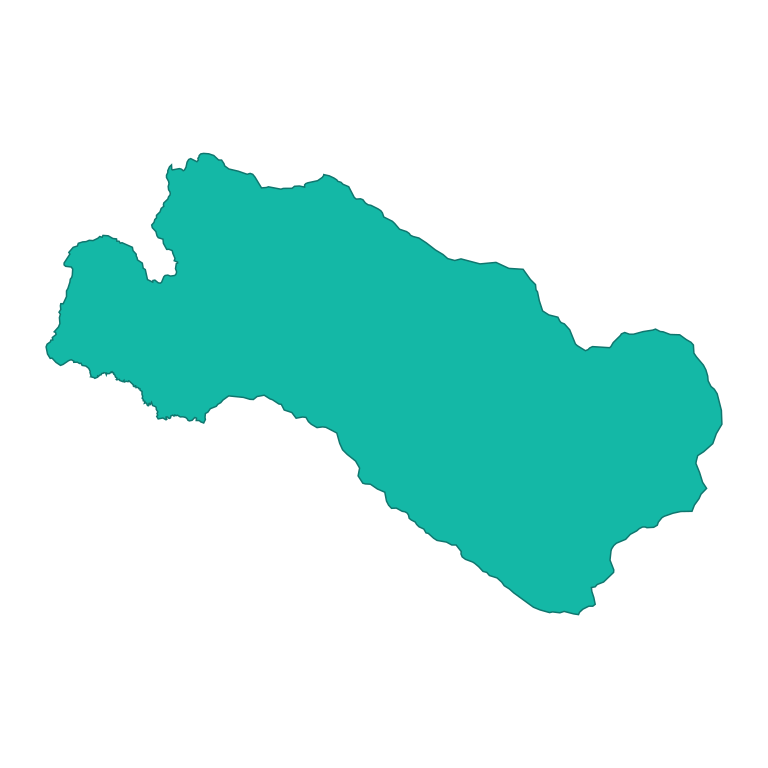 Menkhoaneng, Leribe, Lesotho (Mercator projection)
{"feature_id": "5366337B76816657583233", "entity_name": "Menkhoaneng", "entity_type": "district", "adm_level": 2, "iso_a3": "LSO", "parent_name": "Lesotho", "parent_adm1": "Leribe", "projection": "mercator", "projection_center": [28.291, -28.899], "detail": "fine", "context": "isolated", "style": "filled", "palette": "teal", "viewbox_px": 768, "rotation_deg": 0, "n_neighbors": 0, "source": "geoboundaries", "source_scale": "gbopen_adm2", "svg_char_len": 6064}
<svg xmlns="http://www.w3.org/2000/svg" viewBox="0 0 768 768"><path d="M549.6,612.6L552.5,611.9L559.9,612.8L564.1,611.4L573.7,613.9L578.5,614.6L579.5,612.3L583.0,609.1L588.8,606.2L592.8,606.2L595.2,604.3L593.8,597.5L591.8,591.3L591.4,587.5L595.2,586.8L597.2,584.5L603.6,582.0L613.6,572.4L613.8,569.9L610.0,560.1L611.0,551.0L611.6,548.9L613.8,545.5L616.4,543.2L625.7,539.3L630.3,534.3L636.7,530.9L639.3,528.6L642.5,527.0L645.3,527.0L646.9,527.7L653.7,527.3L657.3,525.2L658.3,522.2L661.9,517.7L664.2,516.3L673.0,513.2L680.8,511.5L692.0,511.3L694.4,505.1L699.0,498.7L701.0,494.2L706.6,488.4L702.6,482.3L699.6,472.6L695.9,463.4L696.3,461.0L697.7,455.6L703.7,451.7L712.8,443.6L716.3,433.7L721.9,424.2L721.4,410.4L717.2,393.8L714.3,389.2L711.0,386.5L708.1,380.8L707.7,376.0L705.9,369.9L703.4,365.1L696.3,356.7L693.9,353.1L693.4,345.0L691.0,342.3L686.3,339.6L679.7,334.8L670.2,334.5L663.1,331.8L660.2,331.5L655.5,329.1L652.7,330.1L643.1,331.6L633.6,334.2L629.4,334.2L624.7,332.5L621.4,333.9L620.4,335.5L613.2,342.6L610.9,346.6L609.6,347.7L592.5,346.6L589.6,348.0L588.1,349.6L585.4,350.7L577.2,345.6L575.4,343.9L569.7,329.8L564.4,323.9L561.1,322.6L559.7,320.9L557.9,317.2L548.8,314.9L542.6,310.9L539.3,300.7L537.5,291.9L536.0,289.8L535.5,284.6L530.4,279.5L523.1,269.3L508.9,268.4L496.0,262.4L480.0,263.9L461.0,258.9L454.8,260.5L447.7,258.6L443.0,254.5L435.5,250.0L426.2,242.8L418.9,238.0L413.1,236.5L410.4,235.2L409.3,233.5L406.6,231.6L399.5,229.2L394.7,223.5L392.4,221.3L383.8,217.0L382.4,212.9L380.9,210.8L378.1,208.9L370.9,205.3L368.1,204.8L365.3,202.9L362.9,199.7L360.5,198.8L356.3,199.1L354.3,197.5L348.7,186.7L343.0,184.3L341.0,182.3L337.8,181.3L336.8,179.9L333.9,178.0L329.2,175.8L323.8,174.6L323.8,175.3L322.3,177.4L317.6,180.7L307.8,182.8L305.8,183.6L304.6,184.9L304.6,187.1L299.4,186.0L294.5,186.3L292.1,188.3L283.2,188.4L281.0,189.2L268.4,186.8L266.4,187.5L261.5,187.9L255.0,177.1L252.7,174.3L250.1,173.4L247.2,174.3L238.3,171.2L228.9,169.0L224.7,165.9L224.0,163.7L221.6,160.1L218.6,160.0L213.8,155.5L208.8,153.8L203.6,153.4L200.8,153.9L199.2,155.5L198.9,157.1L197.9,158.3L198.3,160.1L196.9,161.7L190.7,158.6L188.7,159.5L187.1,162.1L186.0,167.2L184.4,170.1L183.2,170.7L181.5,169.2L179.4,168.6L172.5,169.9L171.8,169.5L171.5,164.9L169.5,166.8L167.8,170.6L167.8,172.5L166.5,175.2L166.5,177.5L168.6,181.4L169.0,183.7L168.2,186.4L168.6,189.8L169.9,191.8L170.3,193.7L169.9,195.2L168.6,196.7L167.8,199.1L163.8,202.9L163.4,204.8L163.8,206.3L161.2,208.4L160.0,211.9L156.5,215.3L156.5,217.9L154.8,219.5L154.0,222.4L151.7,225.0L152.3,227.7L155.9,231.6L157.0,235.8L158.3,237.7L163.0,239.2L163.4,243.4L166.7,249.4L169.0,249.3L172.2,250.6L172.9,253.5L175.0,258.4L174.2,260.7L177.6,262.1L177.6,263.1L176.3,263.7L175.5,268.7L176.5,271.3L176.5,272.7L175.8,274.5L174.6,275.5L170.5,276.1L167.8,275.1L165.1,275.5L163.8,276.8L161.6,282.2L160.3,283.2L158.2,282.8L154.9,280.1L152.9,280.5L152.7,282.1L147.5,279.6L145.3,269.6L143.2,268.2L142.3,263.1L137.5,259.9L137.1,257.7L136.2,256.0L136.2,254.2L133.0,250.6L132.4,247.3L122.0,242.7L120.3,243.2L119.0,241.2L116.9,241.2L116.5,238.9L112.9,238.5L108.2,235.8L103.0,235.4L102.1,237.3L99.8,236.5L97.8,238.3L93.0,240.6L89.2,240.3L86.2,241.6L82.7,241.9L78.3,243.3L77.4,246.0L73.2,247.3L68.8,252.4L69.9,254.1L64.1,263.0L64.1,264.9L65.6,266.3L71.2,267.0L72.7,269.0L72.3,275.1L71.7,277.4L70.3,279.2L69.9,282.2L67.9,288.5L66.5,290.9L66.5,296.6L63.2,303.7L60.8,303.7L60.4,305.8L60.8,309.5L59.0,312.2L60.4,314.2L59.4,317.6L59.9,323.6L58.4,327.1L54.2,331.8L55.6,332.5L56.1,334.5L52.3,337.5L52.8,339.9L50.8,340.2L50.4,341.8L47.1,344.2L46.1,346.9L47.5,354.0L50.2,358.4L51.9,358.1L52.5,358.6L56.0,362.4L60.5,365.4L63.1,364.4L68.7,360.6L71.2,359.7L73.9,361.2L73.8,362.3L77.4,362.2L79.5,363.5L81.0,363.2L82.1,365.4L85.8,366.0L88.7,368.3L90.2,371.4L90.0,372.4L91.2,376.6L90.9,376.8L94.0,377.6L94.8,378.3L97.6,377.2L97.7,375.9L98.6,376.3L99.7,375.1L101.1,374.8L101.7,373.5L103.3,373.2L103.9,372.6L105.7,373.1L106.3,374.7L106.7,373.2L107.6,373.7L109.7,373.5L110.6,372.4L111.3,372.4L111.3,371.9L112.1,371.7L112.3,372.7L113.2,372.6L113.8,373.2L113.7,374.1L114.9,375.1L115.5,377.1L116.7,377.7L117.0,378.9L116.3,379.5L116.6,379.8L119.4,379.4L119.8,380.5L122.8,381.6L124.0,380.3L124.3,382.0L126.3,381.3L128.1,381.7L128.7,380.8L129.2,381.0L133.4,384.9L133.3,385.9L134.1,386.6L135.0,386.6L135.3,385.8L135.7,385.9L136.0,387.6L137.2,387.4L138.5,387.8L139.0,388.8L139.9,388.7L140.2,390.3L142.0,391.4L142.0,394.5L142.7,396.2L142.2,398.4L143.4,399.5L143.2,400.7L144.9,401.4L144.4,403.3L145.5,402.9L146.7,403.3L147.1,404.9L148.1,405.8L148.8,405.5L148.9,403.6L149.2,403.3L150.4,404.4L151.5,402.3L152.6,405.5L155.6,406.7L156.2,407.6L156.3,409.5L157.7,411.6L157.7,412.4L157.0,413.3L157.7,415.2L156.7,416.4L158.2,418.9L162.9,418.0L166.0,419.8L166.9,419.1L166.0,417.8L166.2,416.9L167.5,417.0L168.9,418.3L169.7,418.4L170.5,417.8L170.9,415.9L172.8,415.1L174.0,416.1L174.9,414.9L175.9,415.7L177.5,415.2L180.2,416.9L182.9,416.8L185.5,417.4L187.1,418.7L188.0,420.3L189.4,420.9L192.1,420.3L194.8,417.5L196.5,418.2L196.2,420.5L199.4,420.6L200.6,421.8L203.7,423.0L205.4,419.5L205.0,417.4L205.4,413.5L207.9,412.1L210.3,408.7L216.3,406.3L217.8,404.3L220.7,402.7L223.0,400.0L228.7,395.9L243.5,397.4L249.9,399.3L253.4,399.5L257.1,396.5L264.2,395.2L270.0,398.9L272.4,399.7L278.9,404.0L281.3,404.3L284.2,410.0L291.8,412.5L296.1,418.2L302.6,417.0L306.0,417.4L308.4,421.6L311.2,424.2L317.0,427.6L322.6,426.9L325.9,427.3L336.8,433.0L339.7,443.4L342.6,449.8L347.2,454.4L355.6,461.1L359.6,468.1L358.1,475.9L362.8,483.2L365.3,483.9L370.4,484.2L377.4,489.0L384.8,492.2L386.5,501.1L388.6,505.2L391.5,508.3L396.3,508.1L402.2,511.3L405.0,511.8L407.1,513.0L408.4,514.9L409.2,518.3L411.3,520.0L415.2,522.0L416.6,524.4L419.0,526.8L423.8,529.0L426.0,532.9L428.3,533.4L433.6,538.2L437.0,540.4L446.5,542.1L451.8,545.0L456.1,545.0L461.2,551.5L461.0,554.0L462.2,556.9L465.4,559.3L472.6,562.0L474.5,563.2L478.7,566.7L483.0,571.4L486.8,572.4L489.4,575.5L497.0,577.9L501.7,582.1L504.2,585.7L509.3,588.9L513.9,593.0L533.4,607.2L540.0,609.9L549.6,612.6Z" fill="#14b8a6" stroke="#0f766e" stroke-width="1.5"/></svg>